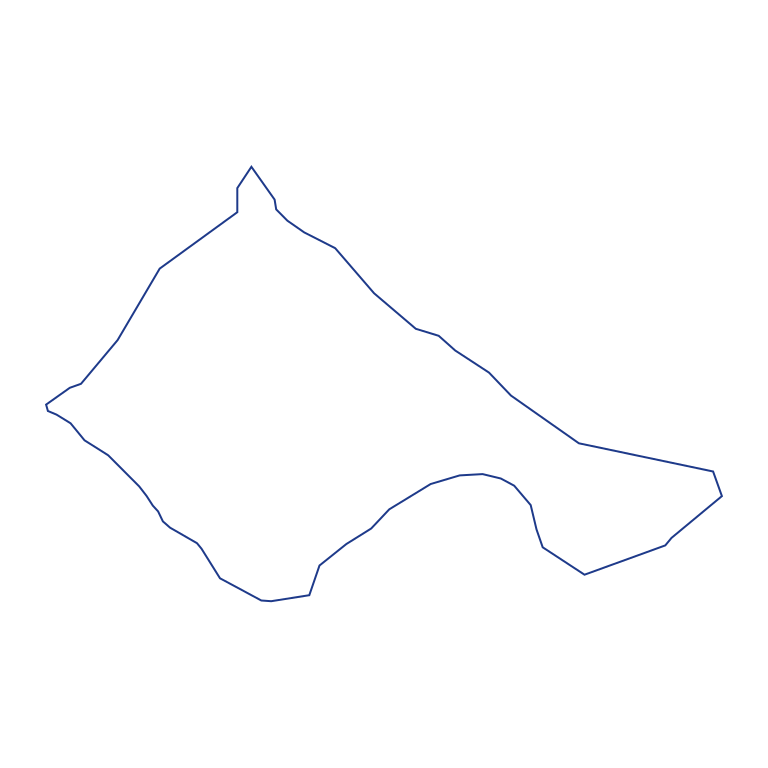 map outline of Ajdovščina (Mercator projection)
{"feature_id": "SVN-1022", "entity_name": "Ajdovščina", "entity_type": "Municipality", "adm_level": 1, "iso_a3": "SVN", "parent_name": "Slovenia", "parent_adm1": "", "projection": "mercator", "projection_center": [13.898, 45.914], "detail": "fine", "context": "isolated", "style": "outline", "palette": "blue", "viewbox_px": 768, "rotation_deg": 0, "n_neighbors": 0, "source": "natural_earth", "source_scale": "10m", "svg_char_len": 780}
<svg xmlns="http://www.w3.org/2000/svg" viewBox="0 0 768 768"><path d="M713.1,471.5L721.9,496.1L671.5,537.9L665.3,545.4L584.5,574.7L542.7,547.3L536.5,529.4L530.7,505.1L514.2,485.7L500.8,478.5L482.6,474.1L459.7,475.4L430.7,484.0L389.3,509.3L371.2,528.5L346.4,544.0L319.5,565.5L309.3,595.2L271.2,601.2L261.3,600.5L220.0,578.3L201.5,548.7L197.0,543.2L170.1,527.7L162.9,521.4L158.1,511.4L152.8,505.6L146.6,496.0L139.2,486.4L108.2,455.3L84.5,440.3L70.6,423.3L56.5,414.6L47.9,411.0L46.1,404.6L69.8,387.8L81.0,383.8L117.6,340.1L159.7,268.6L237.3,212.2L237.3,188.1L251.4,166.8L274.6,199.6L276.2,209.4L287.4,220.7L304.2,232.4L335.2,248.2L374.1,293.3L415.8,328.8L438.7,335.8L455.2,350.5L489.0,372.6L511.0,395.6L578.9,443.3L713.1,471.5Z" fill="none" stroke="#1e3a8a" stroke-width="2"/></svg>